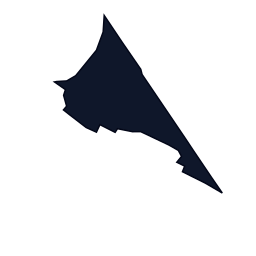 Hancock, Tennessee, United States of America, rotated 56°
{"feature_id": "52423323B54321928367648", "entity_name": "Hancock", "entity_type": "district", "adm_level": 2, "iso_a3": "USA", "parent_name": "United States of America", "parent_adm1": "Tennessee", "projection": "orthographic", "projection_center": [-83.193, 36.493], "detail": "fine", "context": "isolated", "style": "filled", "palette": "ink", "viewbox_px": 256, "rotation_deg": 56, "n_neighbors": 0, "source": "geoboundaries", "source_scale": "gbopen_adm2", "svg_char_len": 580}
<svg xmlns="http://www.w3.org/2000/svg" viewBox="0 0 256 256"><g transform="rotate(56 128 128)"><path d="M21.4,84.8L34.5,94.9L45.9,110.7L55.4,142.1L54.7,152.5L49.6,161.1L48.7,163.2L61.2,158.4L64.9,163.1L75.6,166.7L76.9,171.4L85.0,168.8L104.2,162.4L113.8,156.5L109.5,149.4L124.4,141.1L122.7,137.1L133.6,126.3L138.1,119.5L164.8,103.7L174.7,98.8L181.5,99.5L183.7,106.7L191.3,102.3L194.7,107.3L216.8,94.8L234.6,86.2L215.5,86.4L183.2,86.4L169.2,86.3L168.8,86.3L95.6,86.4L95.2,86.4L91.5,86.4L86.5,84.6L53.7,84.9L21.4,84.8Z" fill="#0f172a" stroke="#020617" stroke-width="1.5"/></g></svg>